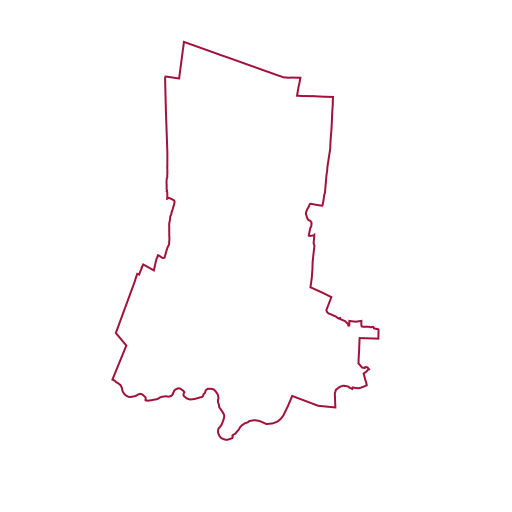 Curtisoara, Olt, Romania (orthographic projection), rotated 292°
{"feature_id": "2599482B14580718178390", "entity_name": "Curtisoara", "entity_type": "district", "adm_level": 2, "iso_a3": "ROU", "parent_name": "Romania", "parent_adm1": "Olt", "projection": "orthographic", "projection_center": [24.348, 44.485], "detail": "fine", "context": "isolated", "style": "outline", "palette": "rose", "viewbox_px": 512, "rotation_deg": 292, "n_neighbors": 0, "source": "geoboundaries", "source_scale": "gbopen_adm2", "svg_char_len": 6052}
<svg xmlns="http://www.w3.org/2000/svg" viewBox="0 0 512 512"><g transform="rotate(292 256 256)"><path d="M168.8,395.1L169.7,395.0L170.4,395.0L170.7,396.8L171.8,400.7L172.4,401.6L173.7,403.1L175.6,405.2L177.6,407.1L179.3,406.1L183.0,403.0L183.7,402.6L187.2,399.9L188.2,400.3L189.0,401.0L190.1,401.6L191.2,402.0L192.1,402.2L192.7,402.6L193.2,403.2L193.8,402.3L194.5,401.0L194.4,400.3L193.9,398.9L192.9,398.8L192.3,396.2L194.8,391.2L195.2,391.2L198.7,389.8L208.2,386.6L208.6,386.4L218.7,382.8L225.2,400.4L228.7,399.1L233.6,397.2L233.8,396.9L233.8,396.0L233.7,395.6L233.4,395.1L233.5,394.5L233.2,393.8L233.2,393.1L233.1,392.5L234.1,391.5L234.2,391.3L234.2,391.1L234.0,390.7L233.8,390.3L233.6,390.0L233.1,389.5L232.9,389.1L232.8,388.6L232.8,387.6L232.3,386.4L232.0,385.2L231.6,384.5L230.8,382.6L230.3,380.7L230.3,380.4L231.5,379.5L232.0,379.3L235.3,378.0L234.3,376.3L233.6,375.1L232.6,373.4L231.6,370.1L231.3,368.9L231.1,368.2L230.8,366.9L229.2,367.5L227.7,368.1L226.7,368.4L226.3,368.4L226.2,368.2L226.1,367.9L226.1,367.7L226.3,367.5L227.0,367.2L227.7,366.4L227.7,365.9L228.1,365.0L228.6,364.0L229.0,362.9L229.0,360.5L229.1,359.7L229.0,358.6L229.0,357.7L229.5,357.3L229.8,357.4L230.0,357.3L230.1,357.1L229.8,356.8L229.4,356.6L229.2,356.3L229.0,356.0L228.9,355.8L229.1,355.5L229.2,354.5L229.6,353.5L229.9,352.5L229.8,352.2L229.8,350.4L230.0,346.8L229.9,344.8L230.4,343.5L230.5,343.2L230.9,342.7L232.1,341.5L246.1,341.3L246.9,330.6L247.4,318.2L253.1,316.8L256.9,315.8L265.1,313.2L271.5,310.8L278.1,308.9L287.6,306.3L288.4,305.4L289.5,304.6L296.5,302.5L297.2,302.2L296.9,302.1L296.8,301.9L295.0,298.8L294.6,297.6L294.6,297.4L294.8,297.2L298.6,296.5L300.0,296.3L300.5,296.1L302.3,295.9L304.0,296.1L305.1,295.9L305.5,295.8L306.0,295.6L306.3,295.4L306.7,295.2L307.2,295.2L307.7,295.0L308.1,294.5L308.8,293.4L309.0,292.8L309.0,292.3L309.0,291.5L309.0,291.0L309.6,290.2L310.1,289.7L310.5,289.1L311.2,288.5L312.2,287.9L313.5,286.6L314.0,286.4L315.6,286.0L318.7,286.1L319.4,286.1L322.0,286.5L322.6,286.5L323.4,286.4L324.1,286.5L324.6,286.7L324.8,286.9L324.9,287.2L325.3,289.0L326.3,294.1L327.4,298.3L327.5,298.6L328.5,298.6L332.9,297.7L336.8,296.7L337.4,296.5L340.4,296.2L341.4,296.0L343.2,295.4L357.2,291.1L359.6,290.5L360.5,290.4L365.9,288.7L379.9,285.4L380.5,285.3L381.7,285.0L383.9,284.4L386.9,283.3L388.7,282.7L391.2,281.8L402.0,278.4L408.4,276.2L419.1,272.4L425.4,270.4L428.1,269.3L432.3,267.8L428.8,258.4L426.6,252.0L426.0,250.1L424.3,245.8L422.9,242.0L422.0,240.0L421.5,238.5L420.0,234.0L429.2,232.0L432.5,231.5L437.9,230.4L436.4,226.5L434.9,222.4L434.1,220.8L433.4,219.3L432.8,217.1L432.0,214.8L431.9,213.8L431.9,212.3L431.6,207.6L431.4,202.1L431.3,198.9L431.1,196.0L429.5,155.8L429.1,148.1L427.5,109.0L391.8,118.2L390.9,114.6L389.2,107.5L388.5,104.9L387.4,104.9L386.1,105.4L356.1,118.4L319.1,134.9L305.7,140.3L305.6,140.2L301.6,142.0L300.9,142.2L299.4,142.9L297.1,143.6L296.0,144.2L295.6,144.3L294.4,144.2L291.9,145.0L290.8,145.4L288.8,146.4L286.8,147.2L285.9,147.6L285.0,147.8L283.4,149.0L282.7,148.8L282.0,149.7L281.6,150.0L281.1,150.2L279.2,151.0L275.8,152.2L276.0,152.4L277.0,153.1L277.2,153.3L277.2,153.6L277.3,154.3L277.2,155.0L277.2,155.6L277.2,156.5L277.0,157.7L276.9,159.0L276.4,159.8L276.1,160.0L275.2,160.3L273.4,160.7L268.4,161.2L267.4,161.3L266.7,161.2L265.7,161.3L264.0,161.5L263.3,161.8L261.8,161.8L261.4,161.8L261.2,161.7L260.1,161.8L259.3,162.0L258.0,162.5L256.3,162.9L254.9,163.1L253.4,163.4L248.7,165.4L247.5,165.8L245.5,166.7L243.4,167.5L241.4,168.4L240.8,168.7L239.7,169.2L238.4,169.7L236.4,170.2L235.2,170.8L234.7,170.9L234.3,171.0L232.9,171.0L231.2,170.8L230.7,170.8L227.6,171.0L226.0,171.1L223.8,171.5L222.8,171.5L220.6,171.8L220.2,171.8L219.3,170.6L219.2,170.3L219.2,169.9L219.4,168.7L219.6,168.1L220.0,166.0L220.1,164.8L220.0,164.7L217.5,165.1L217.3,165.0L216.5,164.8L213.9,165.1L206.0,166.4L204.4,166.7L205.2,160.1L205.5,158.0L205.9,154.6L202.9,154.5L202.9,154.3L202.5,154.3L202.5,154.5L200.7,154.6L198.4,154.5L195.0,154.6L195.0,152.6L190.5,152.8L189.3,152.9L187.9,153.1L132.1,154.9L124.4,169.3L87.6,169.2L87.6,170.8L87.3,172.0L87.0,172.9L86.5,173.8L86.5,174.3L86.6,174.8L86.4,175.8L86.0,176.9L85.6,178.7L84.8,179.6L83.2,181.3L81.2,182.5L80.0,183.7L79.1,185.1L78.4,186.3L77.9,188.0L77.7,189.3L77.7,190.6L78.2,192.3L79.5,194.5L80.8,196.4L82.2,197.8L83.0,198.2L84.1,199.4L84.6,199.9L85.0,200.7L85.0,202.6L84.3,204.5L83.6,206.3L83.0,206.9L82.2,207.3L81.1,207.4L80.9,207.7L80.9,208.4L81.1,209.2L81.5,210.2L82.5,212.1L84.8,215.6L85.7,217.2L86.8,218.5L88.2,219.6L89.0,220.0L90.2,221.5L92.2,225.0L92.4,225.8L92.7,227.4L93.5,228.7L94.5,229.7L95.5,230.3L97.1,230.7L97.5,230.5L98.5,230.5L99.4,230.7L100.4,230.6L101.9,231.2L103.6,232.8L104.2,233.5L104.6,234.6L104.6,235.4L104.4,236.5L104.0,238.3L103.6,239.5L103.3,240.1L102.9,240.6L101.8,240.5L100.7,240.6L99.8,240.9L99.1,241.7L98.5,243.6L98.0,245.5L98.3,248.7L98.7,249.5L100.4,252.6L104.3,257.6L104.7,258.4L105.3,258.9L105.6,259.1L106.2,259.3L106.7,259.3L108.0,259.1L109.9,259.9L110.4,259.9L112.8,259.7L114.8,261.0L116.0,264.0L116.5,266.5L115.9,268.3L114.8,270.2L113.2,272.5L111.1,273.9L109.6,274.7L108.3,274.6L106.4,275.4L103.9,277.6L102.2,278.4L101.3,279.6L100.5,281.1L99.8,281.9L98.9,283.4L97.5,285.1L96.0,286.5L92.5,287.2L86.9,287.3L83.9,286.7L82.8,286.1L81.5,285.9L79.7,286.3L77.9,287.1L75.3,289.7L74.6,291.1L74.1,292.2L74.1,295.1L74.3,297.0L75.2,298.7L77.1,301.0L78.3,302.2L79.0,302.3L79.6,302.2L80.0,301.7L80.6,301.4L81.6,301.8L83.4,303.3L89.2,305.2L91.3,305.4L93.3,306.1L96.6,308.2L98.9,310.9L100.3,311.5L101.7,313.6L103.2,316.1L104.3,320.7L104.3,323.8L104.1,328.7L107.0,334.1L109.3,336.7L111.4,338.5L114.5,340.0L118.3,341.1L128.4,341.8L139.8,342.0L140.4,369.7L145.3,386.3L157.8,380.7L158.5,380.4L159.7,380.5L160.4,380.4L161.2,380.2L161.8,380.2L162.3,380.4L163.4,381.2L164.9,381.9L165.5,382.4L166.0,382.8L166.9,383.6L167.2,384.0L167.7,384.6L168.1,385.1L168.5,385.7L168.7,386.4L168.7,386.8L168.8,387.3L169.1,388.0L169.5,390.8L169.2,391.4L169.0,391.6L169.0,391.8L168.9,392.2L168.9,393.9L168.8,394.5L168.8,394.8L168.8,395.1Z" fill="none" stroke="#9f1239" stroke-width="2"/></g></svg>